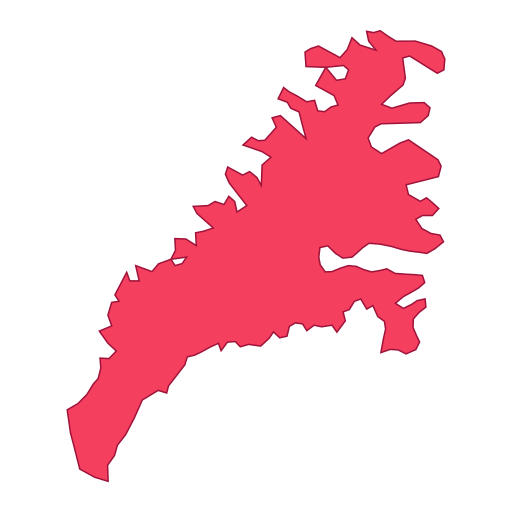 Novo Barreiro, Rio Grande do Sul, Brazil
{"feature_id": "56859067B91142511999740", "entity_name": "Novo Barreiro", "entity_type": "district", "adm_level": 2, "iso_a3": "BRA", "parent_name": "Brazil", "parent_adm1": "Rio Grande do Sul", "projection": "mercator", "projection_center": [-53.105, -27.904], "detail": "fine", "context": "isolated", "style": "filled", "palette": "rose", "viewbox_px": 512, "rotation_deg": 0, "n_neighbors": 0, "source": "geoboundaries", "source_scale": "gbopen_adm2", "svg_char_len": 2977}
<svg xmlns="http://www.w3.org/2000/svg" viewBox="0 0 512 512"><path d="M426.5,197.8L420.3,201.3L408.5,194.6L406.1,184.8L438.4,176.6L441.1,166.2L438.0,159.8L408.5,139.8L399.5,143.3L381.6,153.6L371.4,147.0L368.1,138.0L374.9,127.0L381.1,123.8L420.3,122.6L428.2,115.6L430.0,107.8L424.2,102.6L409.6,103.0L391.9,108.2L381.6,104.3L389.9,96.3L403.0,85.0L405.4,78.3L402.7,58.0L409.6,56.0L437.3,73.3L443.9,69.8L444.8,59.1L441.5,51.5L431.7,46.0L415.4,41.1L396.0,41.2L387.8,36.1L380.2,30.7L373.6,32.6L366.6,31.3L368.7,41.2L376.0,50.2L360.1,45.1L352.0,37.7L347.3,49.5L340.0,57.7L318.5,46.0L310.6,48.6L305.0,52.1L306.0,66.6L325.8,67.3L315.7,85.5L334.1,95.6L338.0,105.0L331.0,107.0L324.7,111.7L317.7,110.8L314.6,100.3L306.7,101.8L297.1,96.0L289.0,91.7L283.6,87.5L278.1,98.8L287.4,102.3L290.7,108.2L299.1,112.0L302.6,125.8L306.1,138.7L280.4,115.6L272.1,117.8L276.3,127.3L264.8,140.3L258.2,140.7L251.6,137.2L243.0,145.0L262.0,151.6L271.0,157.2L262.1,165.0L261.3,185.6L256.9,177.5L249.6,171.6L242.6,175.1L227.7,167.0L225.4,174.3L229.2,182.9L246.8,205.6L237.0,212.0L234.7,201.5L228.8,196.3L224.0,204.5L215.0,201.5L208.0,205.6L193.2,206.4L197.0,213.5L213.3,228.0L203.6,231.2L195.6,232.8L196.3,245.6L185.9,239.0L174.8,238.6L175.5,250.3L170.9,259.3L158.5,263.8L152.0,271.6L135.7,265.6L139.2,280.9L129.8,280.9L126.7,272.3L114.9,294.9L119.1,301.3L111.7,302.4L107.9,315.1L111.7,325.9L99.3,331.1L107.9,343.2L116.3,351.0L109.0,358.6L100.0,358.1L100.8,367.9L98.2,378.5L93.3,384.0L86.9,394.5L77.8,403.7L67.2,409.8L70.5,433.0L73.8,445.5L79.8,469.1L94.8,477.3L108.1,481.3L107.6,465.2L114.5,455.5L117.4,445.2L125.6,434.7L134.2,418.2L142.3,400.0L158.1,390.4L166.7,393.0L168.5,385.9L184.8,364.9L187.3,356.9L194.8,355.1L201.4,351.9L210.1,347.1L218.4,343.3L221.1,350.7L227.5,342.1L235.4,341.6L240.3,346.8L248.6,344.4L260.7,346.1L269.0,338.4L273.5,331.9L279.7,337.8L287.0,336.2L289.4,326.4L295.3,322.9L302.6,323.9L306.8,330.7L314.1,325.2L321.6,326.8L332.0,325.2L336.9,332.2L345.3,320.9L343.1,311.9L349.3,309.6L354.4,301.3L360.8,299.0L366.7,309.1L372.9,305.6L377.8,316.6L384.4,321.3L385.6,329.1L383.2,339.7L380.9,352.6L390.2,349.4L398.1,349.9L406.1,353.9L415.8,349.6L419.6,342.1L416.2,334.9L413.0,327.4L413.4,318.9L418.9,312.6L425.9,307.1L425.1,298.9L417.2,300.6L411.6,304.4L403.4,308.4L395.4,303.3L403.4,296.6L411.9,291.9L418.5,288.0L424.7,282.6L422.4,275.4L413.8,274.6L405.8,274.2L395.0,273.4L386.8,268.8L379.5,270.6L371.6,271.9L363.6,269.6L356.3,266.4L348.6,265.6L340.7,268.0L332.0,271.6L325.2,271.9L320.2,264.8L318.8,257.4L319.9,247.6L327.8,245.8L335.5,253.4L342.8,258.1L352.1,257.1L357.3,252.6L362.4,247.9L369.0,243.3L379.8,244.1L391.3,246.4L401.0,249.3L409.6,251.1L419.6,252.3L426.9,253.4L434.8,248.8L443.5,241.8L440.0,235.1L431.1,233.5L421.8,228.5L415.8,219.3L422.4,215.5L432.4,215.5L438.8,208.5L432.8,203.0L426.5,197.8ZM325.8,67.3L343.5,65.5L348.6,69.8L345.3,78.8L336.5,80.3L325.8,67.3ZM170.9,259.3L186.6,257.1L182.1,263.6L175.1,265.6L170.9,259.3Z" fill="#f43f5e" stroke="#9f1239" stroke-width="1.5"/></svg>